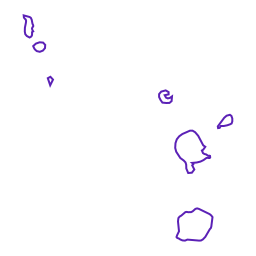 outline of Torba
{"feature_id": "VUT-560", "entity_name": "Torba", "entity_type": "Province", "adm_level": 1, "iso_a3": "VUT", "parent_name": "Vanuatu", "parent_adm1": "", "projection": "mercator", "projection_center": [167.217, -13.692], "detail": "fine", "context": "isolated", "style": "outline", "palette": "violet", "viewbox_px": 256, "rotation_deg": 0, "n_neighbors": 0, "source": "natural_earth", "source_scale": "10m", "svg_char_len": 1874}
<svg xmlns="http://www.w3.org/2000/svg" viewBox="0 0 256 256"><path d="M197.1,208.4L198.9,208.9L209.6,214.1L211.2,215.4L212.5,217.1L211.3,226.6L210.8,228.1L209.8,229.2L205.3,236.9L202.9,239.4L201.0,240.5L199.1,240.6L187.4,239.6L185.0,240.6L182.5,240.4L180.3,239.5L178.6,238.4L177.3,238.0L176.5,237.0L177.3,234.8L179.0,231.3L178.0,221.4L178.4,218.1L179.6,216.6L181.3,215.6L185.4,212.1L186.7,211.9L188.2,212.2L191.2,212.1L192.7,211.3L195.4,208.9L197.1,208.4ZM186.3,168.5L186.2,164.7L185.5,162.4L183.7,160.5L180.3,158.0L176.2,151.7L175.2,147.9L175.5,143.1L176.8,139.3L179.2,136.3L182.4,134.0L189.9,130.7L192.6,130.7L195.1,132.2L198.2,135.8L203.2,145.3L205.3,146.8L203.2,149.7L201.9,150.5L203.0,153.1L204.4,154.0L206.1,154.4L207.7,155.5L208.7,155.9L209.5,155.7L210.0,155.9L210.2,157.3L209.7,158.0L208.7,158.0L207.4,157.8L206.4,158.0L203.5,160.1L200.4,161.6L196.7,162.5L192.2,162.9L192.8,163.4L193.4,163.7L193.4,164.2L192.2,165.3L194.3,169.5L191.9,172.7L188.2,173.0L186.3,168.5ZM33.2,31.4L32.2,31.9L32.0,32.6L32.1,33.7L32.0,35.1L31.7,35.8L31.3,36.4L30.6,37.0L29.6,37.5L26.8,36.0L25.3,34.2L24.8,31.6L24.9,27.7L25.9,22.8L26.1,20.9L25.7,19.5L24.7,18.6L23.9,17.5L23.7,15.4L29.6,17.0L30.8,17.8L31.7,19.7L32.5,23.8L33.2,25.3L33.2,26.4L32.4,27.4L32.0,28.5L32.3,29.8L33.2,31.4ZM164.7,95.2L166.0,97.6L167.8,98.4L169.9,97.9L172.0,96.4L171.6,101.1L169.5,102.9L166.3,103.0L162.4,102.6L160.5,99.9L159.1,97.0L159.1,94.1L161.2,91.6L165.7,90.4L168.6,92.1L168.6,94.4L164.7,95.2ZM229.9,114.8L231.4,115.9L232.3,118.5L232.3,121.4L231.6,123.5L230.1,124.3L227.2,125.3L223.8,126.0L220.8,126.0L219.6,127.9L218.1,128.1L217.8,126.4L224.2,117.8L226.6,115.7L229.9,114.8ZM33.2,46.1L35.9,43.6L39.6,42.3L43.1,42.6L45.2,44.9L45.0,48.1L42.9,50.6L39.8,51.8L36.8,51.1L35.5,50.0L34.6,49.0L33.9,47.7L33.2,46.1ZM50.2,85.3L47.8,78.2L50.4,76.8L53.0,79.6L50.2,85.3Z" fill="none" stroke="#5b21b6" stroke-width="2"/></svg>